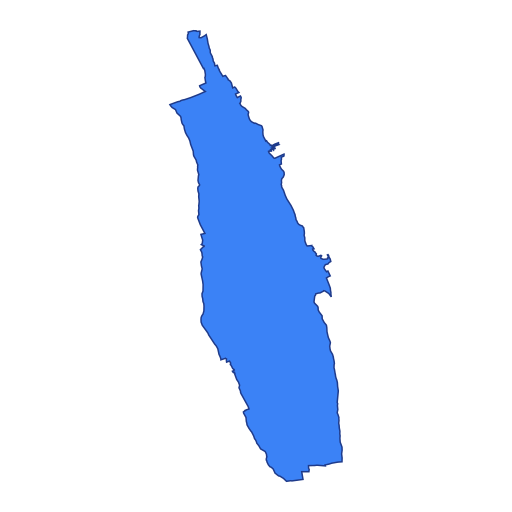 Rachitoasa, Bacau, Romania (Equal Earth projection)
{"feature_id": "2599482B49399369103470", "entity_name": "Rachitoasa", "entity_type": "district", "adm_level": 2, "iso_a3": "ROU", "parent_name": "Romania", "parent_adm1": "Bacau", "projection": "equal_earth", "projection_center": [27.372, 46.464], "detail": "fine", "context": "isolated", "style": "filled", "palette": "blue", "viewbox_px": 512, "rotation_deg": 0, "n_neighbors": 0, "source": "geoboundaries", "source_scale": "gbopen_adm2", "svg_char_len": 6059}
<svg xmlns="http://www.w3.org/2000/svg" viewBox="0 0 512 512"><path d="M331.3,296.9L330.9,294.3L330.9,292.4L330.5,290.4L330.3,288.1L329.0,284.5L326.4,278.0L328.2,276.8L330.2,275.9L327.9,271.0L326.6,271.8L324.7,269.3L323.9,267.7L324.3,266.4L325.4,264.6L327.9,264.0L329.0,262.6L330.8,261.5L330.2,259.0L329.0,257.1L328.6,255.4L328.0,254.6L327.4,254.9L328.6,257.2L327.6,257.9L327.8,258.6L327.2,259.0L323.8,259.3L322.7,259.2L321.9,258.7L321.1,258.5L320.8,258.2L320.8,257.5L321.0,256.7L321.6,255.9L320.9,255.3L318.9,256.1L317.9,256.3L317.1,256.1L316.1,255.2L316.4,253.9L315.4,252.8L315.2,252.2L314.0,251.4L313.0,250.3L312.6,249.1L314.0,248.8L312.8,246.8L311.6,245.9L311.7,245.5L307.2,246.0L306.3,244.8L305.0,241.4L304.8,240.2L304.8,237.8L304.1,235.3L304.4,233.5L304.3,231.4L303.7,227.7L303.2,227.3L302.4,226.0L300.2,225.2L298.7,224.3L297.6,222.9L297.1,221.5L295.9,219.4L295.9,218.2L295.3,216.3L295.0,214.5L294.3,212.9L293.4,210.3L291.0,205.5L286.9,199.1L285.2,195.3L283.5,190.3L281.7,187.1L281.6,185.6L281.2,184.4L281.6,182.7L281.4,180.6L281.8,178.7L283.3,177.0L284.2,174.7L284.1,172.5L283.6,171.3L281.5,169.2L280.8,168.1L279.7,165.9L279.5,164.8L281.4,164.0L281.1,160.7L281.5,159.0L281.3,157.2L283.8,156.2L284.1,154.9L284.0,154.1L274.8,158.3L273.8,158.0L271.9,155.7L269.2,153.1L268.5,151.5L268.5,151.3L268.8,151.2L271.4,151.1L271.3,150.4L270.4,150.4L270.2,150.1L270.4,149.7L270.9,149.5L273.0,149.5L273.6,150.1L273.8,149.3L273.3,149.2L274.2,148.9L273.2,148.9L273.0,148.7L275.1,148.5L275.0,148.1L272.3,148.4L271.7,148.0L272.3,147.8L272.4,147.3L274.3,146.7L275.4,145.8L278.9,144.6L278.2,144.1L273.0,146.6L272.8,146.0L276.0,144.2L277.7,143.7L277.8,143.3L278.6,143.0L278.5,142.7L274.6,144.2L271.6,145.9L271.1,145.1L270.3,145.4L269.9,144.4L267.5,142.3L266.5,140.7L265.8,141.1L264.5,138.5L263.6,136.9L263.0,134.8L262.8,131.8L263.0,129.9L262.0,126.4L261.4,125.7L257.8,124.4L256.5,123.6L255.1,123.1L254.3,123.3L254.1,123.0L252.9,122.5L251.2,121.5L250.1,120.2L249.4,119.0L248.4,115.9L248.1,114.2L248.6,112.7L248.5,111.9L248.0,111.2L246.2,109.6L245.4,108.5L241.9,106.4L241.0,105.5L240.6,105.0L240.4,104.3L239.8,103.4L240.1,103.2L240.9,101.1L240.8,99.8L241.2,97.7L240.8,96.6L240.4,96.0L237.3,97.6L236.0,95.4L235.5,94.0L238.9,92.5L237.8,91.4L235.9,88.2L234.7,87.0L232.7,87.9L231.4,83.0L230.0,80.9L228.1,79.7L228.1,79.1L225.5,75.5L223.6,76.0L222.9,76.4L219.8,71.4L219.2,70.1L219.3,69.9L218.2,67.9L217.3,65.3L214.9,65.8L214.7,65.1L214.5,63.2L213.2,61.0L213.0,59.0L212.4,57.6L212.3,56.6L210.3,52.8L210.2,50.1L209.2,48.0L209.0,46.6L208.0,43.3L207.3,38.9L206.2,34.6L204.6,35.8L201.1,37.7L199.8,37.7L199.1,37.6L199.1,37.2L199.2,36.3L200.0,34.1L199.8,33.3L200.0,32.1L199.8,32.0L199.9,31.1L197.2,31.4L196.3,31.2L196.2,30.8L193.4,30.7L188.1,32.1L188.4,33.5L187.6,34.9L187.5,37.1L187.3,38.3L203.4,68.5L203.9,68.3L204.8,70.6L205.4,74.4L205.3,76.5L204.9,77.4L205.4,80.9L205.9,83.0L199.6,85.7L199.8,86.7L200.8,88.1L205.3,91.5L198.6,94.5L190.7,97.6L184.7,99.6L182.3,100.1L180.9,100.6L179.7,101.4L179.1,101.4L177.5,101.8L169.9,104.6L170.5,105.6L172.1,107.5L175.5,109.6L177.0,113.1L180.5,116.3L181.0,117.7L181.2,119.6L182.0,123.1L182.8,124.5L183.9,125.8L184.4,129.0L185.5,132.6L187.0,135.5L188.6,137.9L189.9,141.0L190.7,144.5L193.2,151.1L193.5,154.9L193.9,156.2L196.1,160.0L196.6,162.1L197.8,164.9L197.6,166.6L197.7,167.7L197.5,169.1L197.5,170.2L198.8,174.6L198.4,175.9L198.0,180.5L198.5,182.7L199.6,184.7L199.5,185.4L198.0,187.0L197.8,188.4L198.0,191.0L198.9,193.9L198.7,196.7L199.2,201.4L198.9,204.7L198.7,205.3L198.9,208.2L198.5,210.7L198.9,214.6L197.8,216.4L197.6,217.2L197.9,218.4L200.3,224.7L204.9,233.4L200.9,234.4L202.7,240.1L202.3,243.2L202.0,243.9L201.3,244.6L204.2,246.0L204.1,246.3L203.9,246.2L200.4,249.7L201.7,252.1L202.0,253.5L202.2,255.9L202.7,256.9L202.0,259.4L200.9,262.0L201.4,265.7L202.2,268.9L201.2,272.9L201.1,274.0L202.6,280.9L203.1,284.6L203.0,291.1L202.0,293.7L202.1,296.4L202.7,298.7L203.0,301.6L203.8,303.7L204.0,306.1L203.9,310.9L203.0,314.1L202.0,315.5L201.2,317.3L201.0,319.1L201.1,322.1L202.3,325.3L206.8,331.5L208.1,333.4L208.6,334.8L214.7,344.1L216.1,345.7L217.8,348.7L219.0,354.3L220.2,356.9L220.9,359.0L220.9,359.8L225.5,358.3L225.7,358.6L226.5,358.9L226.4,360.8L226.6,362.1L229.5,361.1L230.7,363.1L230.3,364.3L230.5,364.8L231.0,365.1L232.7,368.5L234.1,369.5L233.6,370.2L233.5,370.6L233.8,370.8L232.4,371.2L232.5,371.5L233.5,372.7L234.3,372.6L234.7,372.9L234.9,373.6L234.7,374.0L236.7,379.5L238.4,382.0L239.6,385.2L239.0,387.8L240.5,391.1L240.5,392.1L240.9,393.4L248.1,406.4L248.9,408.6L249.0,409.0L248.7,409.2L247.5,409.4L244.4,410.7L245.2,410.7L243.4,411.9L243.6,413.1L246.0,417.5L246.3,421.3L246.9,423.6L247.0,424.8L249.0,428.4L251.1,431.4L251.5,431.7L253.7,436.0L254.6,438.8L255.3,439.5L256.4,441.7L256.8,443.2L258.8,445.7L260.6,448.9L265.0,451.4L265.4,451.9L266.4,454.1L266.6,455.0L266.6,456.1L266.9,456.7L266.3,458.7L266.4,459.4L266.2,459.9L266.8,460.9L267.0,462.0L268.3,464.7L269.5,466.2L269.9,466.7L271.3,467.3L273.2,469.0L275.1,473.2L278.6,475.9L280.0,476.2L283.5,478.4L286.5,481.3L290.8,480.7L291.9,480.9L303.0,479.4L301.7,471.7L308.9,471.7L309.2,469.4L308.6,468.3L308.5,465.6L314.7,465.5L316.9,465.2L325.3,465.9L325.0,465.0L329.3,464.0L331.7,463.2L337.9,462.1L342.0,461.8L342.1,457.9L341.6,453.9L342.1,450.3L342.0,447.1L340.2,442.2L339.9,438.3L340.1,435.8L339.8,433.9L339.9,431.2L339.3,428.0L339.1,425.3L338.7,423.2L339.0,420.4L338.8,418.7L338.9,417.5L337.9,414.4L337.4,413.4L337.2,412.6L337.8,409.6L337.4,405.5L337.7,403.7L337.2,402.5L338.3,390.9L337.6,386.4L337.4,382.7L336.8,380.1L336.1,378.3L335.5,376.0L335.5,375.2L335.0,372.9L334.5,369.7L334.0,367.8L334.1,364.7L334.4,363.6L334.1,361.1L333.3,357.5L333.4,357.2L332.5,354.3L330.5,350.9L330.0,348.8L329.7,346.1L330.4,342.7L330.0,341.3L328.4,337.7L327.9,335.8L327.0,331.8L326.8,327.6L326.4,325.2L324.2,322.5L322.2,318.8L322.1,315.8L319.2,312.0L318.5,310.6L318.2,310.0L318.1,307.6L317.7,306.4L314.5,303.1L314.0,301.9L314.7,296.2L315.5,295.1L315.8,293.8L318.7,293.0L319.9,293.0L323.5,291.1L323.7,290.7L324.8,290.9L328.8,293.5L331.3,296.9Z" fill="#3b82f6" stroke="#1e3a8a" stroke-width="1.5"/></svg>